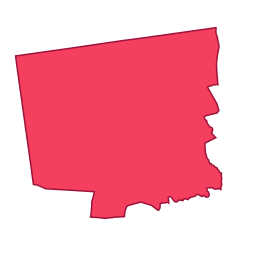 Wundanyi, Coast, Kenya (Albers equal-area conic projection), rotated 352°
{"feature_id": "3690345B46260760479849", "entity_name": "Wundanyi", "entity_type": "district", "adm_level": 2, "iso_a3": "KEN", "parent_name": "Kenya", "parent_adm1": "Coast", "projection": "albers", "projection_center": [38.338, -3.299], "detail": "fine", "context": "isolated", "style": "filled", "palette": "rose", "viewbox_px": 256, "rotation_deg": 352, "n_neighbors": 0, "source": "geoboundaries", "source_scale": "gbopen_adm2", "svg_char_len": 5374}
<svg xmlns="http://www.w3.org/2000/svg" viewBox="0 0 256 256"><g transform="rotate(352 128 128)"><path d="M213.6,149.8L211.5,147.0L210.0,144.1L210.6,143.6L211.0,143.1L211.2,142.6L211.5,141.9L211.6,141.1L211.6,140.5L211.4,139.8L211.1,139.4L210.6,139.0L209.9,138.7L209.2,138.3L208.8,137.8L208.5,137.2L208.3,136.6L208.0,136.1L207.7,135.5L207.4,134.9L207.2,134.4L207.1,133.8L207.0,133.1L206.9,132.5L206.9,132.0L206.8,131.3L206.3,131.0L205.8,130.8L205.4,130.2L205.2,129.5L205.1,128.7L205.2,127.9L205.3,127.0L211.7,126.1L218.1,125.6L219.3,124.5L220.4,123.4L219.9,119.9L219.4,116.4L215.9,107.5L212.4,98.6L213.1,98.3L213.9,97.9L214.5,97.8L215.1,97.8L215.6,97.8L216.5,97.8L217.2,97.6L217.7,97.3L218.3,97.2L218.9,97.3L219.7,97.3L220.5,97.3L221.1,97.3L221.6,97.3L222.4,97.3L223.0,97.7L223.4,91.7L223.7,85.6L223.8,83.9L224.0,82.2L224.2,80.5L224.3,78.8L224.5,77.6L224.6,76.4L224.8,75.6L225.0,74.7L225.3,73.6L225.6,72.4L225.9,71.3L226.2,70.3L226.5,69.0L226.9,67.8L227.4,66.2L228.0,64.6L228.4,63.3L228.9,62.1L229.1,61.5L229.3,60.8L229.4,59.8L229.4,58.8L229.5,57.7L229.5,56.7L229.4,56.1L229.3,55.5L229.2,54.6L229.2,53.8L229.2,53.2L229.1,52.6L229.1,51.6L229.0,50.5L228.9,49.8L228.8,49.2L228.8,48.5L228.6,47.9L228.4,47.3L228.4,46.6L228.4,45.8L228.4,45.2L228.4,44.4L228.6,43.6L228.8,42.9L228.9,42.3L229.0,41.6L229.1,40.9L209.5,40.9L190.0,40.9L182.2,40.9L174.5,40.9L154.4,40.9L134.4,40.7L80.5,41.0L26.7,41.0L26.7,42.8L26.7,44.6L26.7,46.3L26.6,48.1L26.6,54.8L26.6,61.5L26.6,67.4L26.6,73.4L26.6,75.0L26.6,76.6L26.6,82.7L26.6,88.7L26.6,93.7L26.6,98.6L26.6,101.5L26.6,104.3L26.6,107.1L26.6,109.9L26.5,112.6L26.5,115.3L26.6,118.0L26.6,120.8L26.6,123.6L26.6,126.4L26.6,127.6L26.6,128.8L26.6,130.4L26.6,132.0L26.6,134.7L26.6,137.4L26.6,140.1L26.6,142.9L26.6,145.3L26.6,147.6L26.6,148.4L26.6,149.2L26.6,151.1L26.6,153.0L26.6,155.2L26.6,157.5L26.5,158.9L26.5,160.3L26.5,161.0L26.5,162.6L26.5,164.0L26.5,167.4L26.5,170.8L28.2,171.3L30.0,171.7L34.0,174.2L38.0,176.7L61.9,181.5L85.8,186.4L85.6,186.9L85.4,187.5L85.2,188.0L85.0,188.5L84.8,189.3L84.5,190.1L84.2,190.8L84.0,191.3L83.7,191.9L83.5,192.4L83.3,192.9L83.0,193.4L82.4,194.9L81.8,196.4L81.7,197.1L81.6,198.1L81.4,199.1L81.3,199.9L81.2,200.6L81.0,201.4L80.8,202.1L80.6,202.6L80.5,203.2L80.4,203.9L80.2,204.8L80.1,205.3L80.0,205.8L79.9,206.4L79.7,207.1L79.5,207.9L79.2,208.7L78.8,210.0L78.5,210.9L81.4,211.6L84.3,212.2L85.5,212.5L86.7,212.7L87.4,212.9L88.3,213.1L89.0,213.2L89.7,213.4L90.2,213.6L91.1,213.9L92.1,214.2L92.7,214.3L93.3,214.3L94.1,214.3L95.0,214.3L95.5,214.2L96.1,214.3L97.2,214.3L98.0,214.4L98.6,214.5L99.2,214.5L99.8,214.6L100.4,214.6L101.0,214.5L101.8,214.3L102.6,214.4L103.3,214.5L103.9,214.6L105.1,214.7L106.3,214.8L109.2,215.0L112.1,215.3L112.7,212.7L113.5,209.9L113.8,209.2L114.3,208.3L114.7,207.5L115.1,206.8L115.4,206.2L115.7,205.8L116.3,205.3L116.8,204.9L121.7,204.2L126.6,203.6L128.4,203.4L130.2,203.1L135.4,205.5L140.4,207.8L142.4,209.8L144.3,211.7L145.3,212.8L146.5,213.8L147.0,213.5L147.6,212.9L148.1,212.3L148.4,211.7L148.6,211.1L149.1,209.0L149.5,207.2L150.9,207.2L152.2,207.2L153.2,207.2L154.2,207.2L155.5,207.2L157.0,207.2L157.4,207.5L157.9,208.0L158.2,204.9L158.2,201.9L159.5,201.9L160.9,201.9L161.5,203.1L162.3,204.6L162.6,205.3L162.9,205.7L163.2,206.2L163.5,206.8L163.8,207.3L164.4,207.7L165.3,207.7L166.2,207.9L166.9,207.8L167.2,207.3L167.7,206.7L168.2,206.5L168.9,206.5L169.5,206.9L170.2,206.9L170.7,206.6L171.2,207.0L171.9,207.6L172.4,207.4L172.8,206.9L173.4,206.4L173.9,205.9L174.5,206.0L175.1,206.3L175.8,206.4L176.3,206.6L176.8,207.1L177.5,207.2L177.8,206.6L178.4,206.3L179.0,206.1L179.7,205.9L180.3,205.5L180.8,205.3L181.3,205.2L182.2,205.1L183.0,205.1L183.7,205.1L184.3,205.0L184.8,204.9L185.5,204.5L186.0,204.1L186.4,203.6L187.0,203.4L187.9,203.7L188.8,203.9L189.4,204.5L190.1,205.0L190.7,205.6L191.3,206.0L192.2,206.0L192.7,205.8L193.3,205.5L193.9,205.4L194.2,205.8L194.5,206.2L195.0,206.8L195.6,207.2L196.3,207.3L197.2,207.5L198.0,207.1L198.6,206.7L198.9,206.1L199.1,205.4L199.2,204.6L199.0,203.9L198.8,203.3L198.6,202.4L198.0,201.7L197.7,201.2L197.6,200.5L197.6,199.9L197.7,199.4L197.9,198.7L198.6,198.5L199.2,198.3L199.9,198.3L200.5,198.7L201.2,198.8L202.0,198.5L202.8,198.5L203.3,199.0L203.7,199.5L204.3,199.8L204.8,200.2L205.4,200.6L206.3,200.6L207.0,200.6L207.5,200.7L208.0,200.8L208.6,200.9L209.3,200.8L210.2,200.6L210.7,201.0L211.0,201.6L211.3,202.0L211.6,201.3L211.4,200.4L211.4,199.9L211.9,199.3L212.4,198.6L212.5,198.2L212.8,197.4L213.0,196.7L212.9,196.0L212.9,195.4L212.9,194.7L212.9,193.9L213.2,193.0L213.5,192.2L213.7,191.5L213.8,190.9L213.7,190.1L213.7,189.6L213.8,188.8L213.9,188.0L213.8,187.4L213.8,186.9L214.1,186.4L214.3,185.7L213.7,185.4L213.2,185.1L212.7,184.5L212.1,183.8L212.0,183.1L211.9,182.4L211.3,181.8L210.8,181.4L210.7,180.8L210.8,180.2L210.2,179.7L209.7,179.4L209.2,179.2L208.9,178.8L208.6,178.2L208.0,177.6L207.4,177.2L207.1,176.7L206.5,176.6L205.9,176.2L205.5,175.8L205.6,175.2L205.1,174.8L204.3,174.7L204.0,174.1L203.8,173.3L203.6,172.8L203.5,172.3L203.6,171.7L203.5,171.1L203.0,170.4L202.6,169.8L202.3,169.2L201.9,168.7L201.9,168.2L201.8,167.5L201.7,166.8L201.8,166.2L201.7,165.7L201.7,165.0L201.4,164.3L201.2,163.6L201.3,162.9L201.4,162.2L201.3,161.5L201.4,161.0L201.4,160.4L201.5,159.7L201.4,159.0L201.5,158.2L201.7,157.3L201.8,156.6L201.8,156.0L201.9,155.3L201.9,154.5L201.9,153.9L207.6,151.8L213.6,149.8Z" fill="#f43f5e" stroke="#9f1239" stroke-width="1.5"/></g></svg>